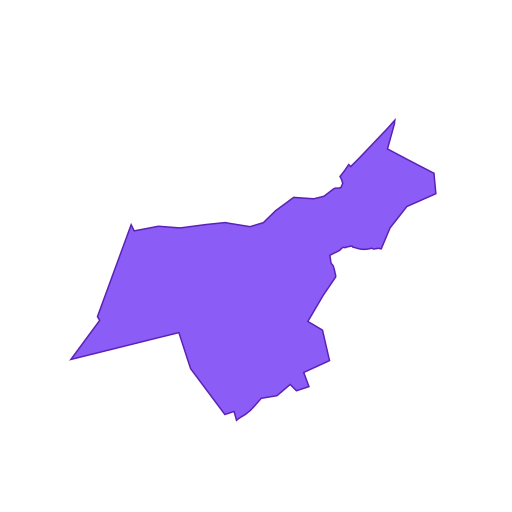 Simplício Mendes, Piauí, Brazil (Mercator projection), rotated 305°
{"feature_id": "56859067B86128304510320", "entity_name": "Simplício Mendes", "entity_type": "district", "adm_level": 2, "iso_a3": "BRA", "parent_name": "Brazil", "parent_adm1": "Piauí", "projection": "mercator", "projection_center": [-41.953, -7.778], "detail": "fine", "context": "isolated", "style": "filled", "palette": "violet", "viewbox_px": 512, "rotation_deg": 305, "n_neighbors": 0, "source": "geoboundaries", "source_scale": "gbopen_adm2", "svg_char_len": 1501}
<svg xmlns="http://www.w3.org/2000/svg" viewBox="0 0 512 512"><g transform="rotate(305 256 256)"><path d="M410.2,367.6L423.4,356.4L425.9,354.3L425.6,352.5L424.6,344.9L424.2,341.9L421.8,324.0L419.1,302.3L441.9,294.2L443.8,293.5L446.9,291.8L436.4,290.6L394.9,284.3L383.6,282.3L384.1,279.5L376.3,279.6L369.3,279.2L368.2,281.5L365.3,285.4L360.7,286.3L358.7,284.4L357.3,282.2L355.4,281.0L343.9,277.4L336.0,270.5L334.6,268.2L325.6,253.2L315.1,249.7L304.5,246.1L287.5,242.9L284.9,240.8L276.6,234.3L266.9,214.2L265.8,211.7L253.2,197.1L235.5,177.8L224.4,159.0L214.5,149.4L206.7,141.8L210.0,135.8L115.4,160.9L113.6,164.9L65.1,163.7L74.4,171.8L127.2,217.7L129.0,219.3L131.9,221.8L147.6,235.5L149.0,236.8L130.9,260.8L126.2,267.1L108.3,321.4L116.1,327.2L110.2,334.3L112.5,334.9L114.8,335.8L117.2,336.9L119.0,337.7L120.8,338.4L123.4,339.1L125.6,339.8L131.2,340.7L134.8,341.1L142.4,341.9L153.6,353.3L170.4,357.7L168.8,366.4L179.4,374.3L188.0,361.9L212.5,376.2L233.4,353.0L232.1,336.0L247.6,334.8L262.2,333.6L284.6,333.3L286.2,332.0L287.6,330.3L289.0,328.9L290.7,326.9L292.3,324.7L293.1,321.8L294.4,320.4L295.9,319.0L297.2,317.8L298.9,316.1L300.9,317.1L303.3,318.4L304.8,319.3L306.5,320.2L308.8,321.4L311.2,321.7L313.2,322.5L313.9,324.2L315.9,325.6L317.7,327.4L319.2,328.8L318.8,330.5L319.6,332.1L320.6,335.3L321.9,338.3L323.3,340.6L325.1,342.8L327.2,345.0L328.7,346.2L329.1,348.3L330.8,350.1L332.6,351.9L333.6,354.5L355.9,349.7L383.1,351.2L410.2,367.6Z" fill="#8b5cf6" stroke="#5b21b6" stroke-width="1.5"/></g></svg>